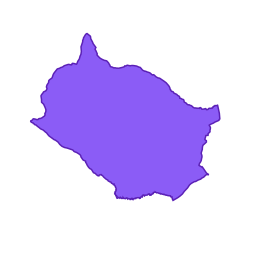 Micfalau, Covasna, Romania (Natural Earth projection), rotated 205°
{"feature_id": "2599482B86222480171428", "entity_name": "Micfalau", "entity_type": "district", "adm_level": 2, "iso_a3": "ROU", "parent_name": "Romania", "parent_adm1": "Covasna", "projection": "natural_earth1", "projection_center": [25.868, 46.051], "detail": "fine", "context": "isolated", "style": "filled", "palette": "violet", "viewbox_px": 256, "rotation_deg": 205, "n_neighbors": 0, "source": "geoboundaries", "source_scale": "gbopen_adm2", "svg_char_len": 5655}
<svg xmlns="http://www.w3.org/2000/svg" viewBox="0 0 256 256"><g transform="rotate(205 128 128)"><path d="M213.8,154.9L214.5,154.4L215.5,152.9L216.3,152.4L217.1,151.5L218.2,146.8L218.4,145.1L218.0,141.5L218.2,140.9L219.5,138.6L219.8,137.6L219.7,136.9L219.3,136.1L219.2,135.4L219.6,132.9L219.4,131.1L219.2,130.6L218.2,129.7L218.0,129.1L218.0,127.7L218.3,126.8L219.8,125.0L219.9,123.8L220.3,122.2L220.5,120.7L220.3,120.1L218.5,117.4L217.2,114.8L214.5,113.9L211.5,111.3L210.1,109.8L209.5,108.4L209.3,106.8L209.5,106.3L209.4,105.9L208.8,104.9L208.7,103.9L208.8,103.4L209.4,102.6L210.1,101.1L211.2,99.8L212.5,99.0L212.9,98.5L213.2,97.6L214.1,97.1L215.7,96.9L217.3,96.5L217.8,96.2L218.1,94.8L218.6,94.0L219.1,93.5L219.0,92.9L218.8,92.7L218.1,92.4L216.0,92.4L215.6,92.0L215.2,92.1L214.4,91.9L213.8,91.6L212.7,91.8L212.3,91.8L211.1,91.3L208.6,90.8L206.9,90.3L203.9,90.3L201.0,89.4L199.8,89.2L197.7,88.1L196.1,87.4L190.0,86.2L188.6,86.3L185.5,85.7L182.9,84.3L180.1,83.5L177.3,83.5L174.7,84.1L169.3,84.7L168.3,84.6L167.2,84.0L166.5,83.9L164.2,84.1L160.4,83.6L159.1,82.9L158.4,81.9L155.7,80.3L155.0,80.0L152.4,80.0L151.8,78.9L150.5,78.2L150.3,77.9L148.8,76.7L147.8,76.2L147.3,75.8L145.5,75.1L144.4,75.1L143.3,74.8L140.4,72.9L138.4,73.0L136.7,72.3L135.0,72.0L134.5,72.2L134.4,72.5L134.1,72.5L134.1,73.3L133.9,73.5L132.9,74.1L132.8,74.4L132.4,74.5L131.9,74.1L130.8,74.0L129.4,73.3L126.4,72.4L124.2,72.2L123.9,71.8L123.6,71.7L121.6,71.5L120.9,71.8L120.6,71.6L120.2,71.5L119.7,71.0L119.4,71.1L117.8,70.8L117.0,71.2L116.9,70.5L116.4,70.6L115.5,70.2L115.2,69.8L114.7,69.7L114.2,68.9L113.9,68.8L112.8,67.7L112.9,66.8L112.5,66.6L112.4,66.4L112.4,65.6L112.7,65.1L112.5,64.9L112.6,64.5L112.3,64.0L112.5,63.6L112.2,63.4L112.3,63.1L111.9,62.9L112.0,62.8L112.0,62.6L111.4,62.5L111.3,62.3L111.5,62.2L111.1,62.2L110.6,61.8L110.4,61.8L110.5,61.6L110.4,61.4L109.9,61.6L109.5,61.5L109.4,61.3L109.0,61.3L108.9,60.7L108.6,60.4L108.8,60.1L108.2,59.7L107.9,59.9L107.2,60.8L106.8,60.9L106.8,61.1L105.7,60.9L105.5,61.4L105.2,61.6L105.3,61.8L104.0,61.5L103.8,61.8L103.4,61.8L103.2,62.2L102.8,62.4L103.0,62.9L102.1,62.4L101.9,62.4L101.5,62.7L100.5,62.8L100.3,63.1L100.2,63.6L99.8,64.0L99.0,63.8L98.8,64.2L98.6,64.2L98.3,63.7L98.2,63.9L97.7,64.1L97.0,64.2L96.9,64.4L96.5,64.6L95.9,64.6L95.7,64.2L95.2,64.5L95.2,65.4L95.1,65.6L94.5,66.0L94.2,65.9L94.0,65.3L93.2,65.2L93.2,66.1L93.1,66.3L92.5,66.5L92.3,66.9L91.8,66.9L91.7,67.4L91.1,67.5L91.1,68.1L90.4,68.4L90.2,68.7L89.4,69.2L88.3,69.4L88.0,69.2L87.9,69.5L87.6,69.4L87.2,69.6L87.4,70.4L87.1,70.5L87.0,71.0L86.7,71.3L86.1,71.4L86.3,71.8L86.1,72.0L86.3,72.3L86.0,72.4L86.1,72.7L86.0,73.7L85.0,73.9L84.6,73.5L84.3,73.4L84.1,74.3L82.3,75.3L81.9,75.8L81.8,76.5L80.7,76.9L80.9,77.2L80.7,77.3L80.3,76.9L79.9,77.1L79.7,77.0L79.6,76.4L78.7,76.9L78.7,77.8L78.3,78.1L78.2,78.4L77.9,78.5L77.8,79.0L77.4,79.2L77.4,79.3L77.7,79.7L77.7,80.3L76.3,81.2L76.4,81.6L74.7,81.3L74.4,81.6L73.4,81.9L72.1,81.9L71.4,82.3L70.8,81.9L70.5,82.3L69.9,82.5L69.2,82.4L68.3,82.7L67.7,82.7L67.4,83.2L66.8,83.0L66.3,83.0L65.5,83.3L65.1,83.1L64.5,83.5L62.9,83.6L62.3,84.1L61.7,84.1L60.9,84.5L60.7,84.4L60.5,83.9L60.3,83.8L59.6,83.7L59.0,84.1L58.5,83.2L57.8,82.8L57.7,82.3L56.6,81.4L53.5,85.8L52.1,88.3L50.8,91.2L50.2,94.4L48.7,98.9L48.2,102.3L47.3,104.4L45.2,107.4L44.1,108.1L42.4,110.5L40.5,112.4L39.9,113.8L38.6,115.5L37.7,118.0L37.1,119.0L35.5,119.6L35.6,120.0L37.4,120.2L38.3,120.6L43.1,123.5L44.3,124.1L44.4,123.8L47.8,124.1L48.1,125.0L48.2,126.3L47.9,127.8L47.9,129.5L48.4,131.4L48.7,133.0L49.4,134.3L50.9,135.9L51.2,136.8L51.6,140.0L52.2,141.4L52.7,143.1L52.7,144.3L51.8,146.3L51.0,148.4L51.6,149.6L53.4,150.0L53.7,150.9L54.0,153.1L54.3,153.7L54.1,154.3L52.4,155.1L52.4,155.5L53.0,156.6L53.0,156.8L52.1,159.0L52.1,159.3L52.8,160.7L52.9,161.6L53.4,163.1L54.2,163.9L55.5,164.7L55.6,165.0L54.6,166.4L52.7,168.5L51.7,170.1L49.2,172.9L48.8,173.5L49.0,174.3L48.6,175.0L51.4,179.9L56.4,186.5L56.6,186.5L56.9,186.0L57.4,185.6L58.7,185.1L58.8,184.4L59.3,184.2L59.6,183.5L59.9,183.2L59.7,182.6L59.9,181.9L60.1,181.6L60.6,181.5L61.0,180.9L62.4,180.4L62.6,180.1L63.1,179.8L63.4,178.6L64.0,178.1L64.7,177.8L65.7,178.4L66.1,178.3L67.2,177.2L68.0,176.9L68.6,176.4L69.2,176.3L70.5,177.1L71.2,177.0L71.5,176.7L71.5,176.0L71.8,175.9L73.0,175.6L73.7,175.0L75.0,174.9L75.6,174.4L76.7,174.2L77.7,174.3L79.1,174.8L80.4,175.0L81.3,174.8L82.3,174.9L83.3,174.4L84.5,174.5L85.5,175.1L88.0,175.3L89.2,176.9L90.0,177.2L91.3,177.0L92.9,177.2L93.7,176.9L94.5,178.1L95.0,178.4L96.7,178.5L98.1,179.1L100.9,179.0L102.5,179.9L103.1,179.9L104.0,179.6L105.5,180.4L105.6,180.8L106.3,181.0L106.9,181.9L107.9,182.8L109.1,183.6L112.5,185.1L114.8,185.6L120.3,186.5L122.0,186.1L124.1,186.2L126.8,187.1L127.6,187.0L128.1,186.5L128.6,186.4L131.2,187.2L132.5,187.2L134.1,186.9L136.0,186.9L136.8,186.5L137.4,186.6L138.6,186.5L139.8,186.8L141.3,187.6L142.9,188.1L143.7,187.8L146.3,187.8L148.8,187.1L150.0,186.7L151.4,186.0L152.3,185.3L155.2,184.6L156.0,183.7L156.2,183.2L157.2,182.9L157.3,181.9L158.7,180.6L161.6,178.3L163.7,177.4L164.5,177.3L166.7,176.4L167.5,176.6L169.8,176.2L170.6,176.8L170.9,177.3L171.6,177.6L173.0,178.7L175.2,179.7L176.1,179.8L178.1,179.3L181.1,179.3L183.2,179.6L186.6,180.9L187.0,181.2L187.2,182.2L189.9,184.6L191.0,185.3L191.2,186.0L191.1,187.4L195.4,189.8L196.2,190.7L199.4,193.1L200.7,195.1L201.2,195.4L205.0,196.3L205.5,195.9L206.0,194.7L206.4,190.8L206.1,189.9L206.1,188.3L205.5,186.9L204.9,181.7L202.6,177.6L201.8,174.9L201.8,172.8L201.3,170.0L201.7,167.2L201.5,164.5L201.8,164.0L204.3,163.6L205.7,163.1L205.9,162.7L205.7,161.7L205.8,161.5L206.8,161.0L208.3,160.7L209.0,160.4L211.9,157.7L212.3,157.2L212.8,156.1L213.8,154.9Z" fill="#8b5cf6" stroke="#5b21b6" stroke-width="1.5"/></g></svg>